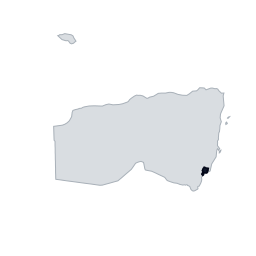 location of Harad, Hajjah, Yemen, rotated 198°
{"feature_id": "15242507B65973742405389", "entity_name": "Harad", "entity_type": "district", "adm_level": 2, "iso_a3": "YEM", "parent_name": "Yemen", "parent_adm1": "Hajjah", "projection": "equal_earth", "projection_center": [43.134, 16.476], "detail": "fine", "context": "in_parent", "style": "filled", "palette": "ink", "viewbox_px": 256, "rotation_deg": 198, "n_neighbors": 0, "source": "geoboundaries", "source_scale": "gbopen_adm2", "svg_char_len": 4035}
<svg xmlns="http://www.w3.org/2000/svg" viewBox="0 0 256 256"><g transform="rotate(198 128 128)"><path d="M199.2,106.6L191.3,110.4L189.2,112.1L187.4,114.2L186.0,116.8L185.1,121.3L185.9,125.5L185.8,127.7L183.8,129.2L181.9,130.3L179.8,131.9L178.5,132.3L177.4,133.6L176.2,134.5L171.8,136.9L166.9,138.7L159.2,140.9L156.3,143.3L153.6,144.9L149.4,145.4L143.8,147.6L140.6,149.4L136.7,152.4L135.9,153.3L135.2,155.5L134.0,157.4L131.7,160.4L129.9,162.0L128.7,162.1L126.4,162.9L123.7,163.1L119.1,162.0L118.0,162.8L117.0,164.0L113.5,166.1L109.9,170.3L107.3,171.4L103.1,172.8L100.1,174.5L98.1,175.2L95.5,175.6L90.8,175.4L86.3,176.0L82.1,177.2L80.2,179.5L77.9,183.0L74.3,184.5L73.4,185.8L72.3,188.4L69.9,189.1L67.8,189.6L65.6,188.4L61.5,191.6L59.9,192.1L57.5,192.2L55.8,192.9L54.6,192.7L53.1,191.5L49.9,190.0L47.6,190.9L47.4,187.9L43.5,178.8L44.3,170.8L44.3,169.7L43.5,166.1L41.2,162.8L41.3,158.7L40.5,155.8L39.9,152.7L40.1,151.9L40.1,151.2L39.0,146.6L38.6,145.6L38.4,144.6L38.8,143.9L38.8,143.0L38.2,141.6L37.5,138.9L34.4,136.7L35.0,134.8L35.6,135.5L36.5,136.0L36.6,134.8L36.6,133.8L35.3,127.8L37.3,119.7L36.6,112.5L39.6,109.6L40.4,108.7L40.8,107.9L41.5,106.3L42.4,105.7L42.8,104.0L42.7,103.1L42.1,102.4L41.7,100.4L41.8,97.8L42.0,96.8L42.3,94.8L43.3,94.1L43.6,93.5L42.8,92.3L42.8,91.5L44.6,89.5L45.3,88.8L46.4,88.2L47.3,88.2L48.3,88.6L49.2,89.1L50.1,90.2L51.1,91.4L52.5,91.8L53.5,91.7L54.3,92.3L55.0,92.0L55.7,91.4L57.0,91.4L58.1,90.7L61.2,90.4L64.2,90.6L67.4,90.0L70.5,90.0L73.7,90.1L74.4,90.2L75.1,90.5L77.8,92.4L79.8,92.7L83.9,93.2L88.3,93.8L92.1,94.2L95.3,93.8L97.9,93.5L98.6,93.5L99.5,94.6L101.1,97.5L102.6,100.1L105.3,100.3L107.0,99.3L108.8,97.9L109.9,96.8L111.2,92.4L112.1,89.6L114.0,86.5L115.6,83.9L117.7,80.4L118.9,78.4L121.3,74.6L123.5,73.2L127.8,70.3L132.1,67.5L134.8,65.7L137.2,64.8L141.2,64.1L145.8,63.3L150.5,62.4L155.4,61.5L161.0,60.5L164.8,59.8L169.6,58.9L173.6,58.2L177.2,57.6L180.8,56.9L181.6,59.0L182.3,61.1L183.1,63.2L183.8,65.3L184.5,67.5L185.3,69.6L186.0,71.7L186.7,73.8L187.5,75.9L188.2,78.0L188.9,80.1L189.7,82.2L190.4,84.4L191.1,86.5L191.9,88.6L192.6,90.7L193.3,92.8L194.5,93.5L195.2,95.4L196.2,98.2L197.2,101.0L198.2,103.8L199.2,106.6ZM211.4,192.3L212.4,192.5L213.9,191.8L218.1,191.7L223.3,194.1L222.4,194.7L221.8,195.6L219.5,196.4L217.3,198.2L210.8,199.1L208.8,198.6L207.2,196.8L204.3,194.5L205.4,193.0L205.7,192.3L206.1,191.7L207.7,190.6L209.4,190.8L211.4,192.3ZM36.4,163.7L36.2,164.1L35.9,164.0L34.9,162.9L36.0,161.6L36.6,162.8L36.4,163.7ZM33.3,135.2L32.8,135.7L32.7,134.9L33.0,133.0L33.5,132.5L33.9,133.9L33.6,134.6L33.3,135.2ZM35.9,169.4L34.9,170.1L35.6,168.4L36.3,168.0L36.5,168.1L35.9,169.4Z" fill="#d9dde1" stroke="#a8b0b8" stroke-width="1"/><path d="M43.3,106.6L43.2,106.6L42.9,106.5L42.7,106.4L42.4,106.2L42.2,106.0L42.0,106.3L42.0,106.5L42.1,106.9L42.1,107.0L42.1,107.3L42.1,107.5L41.9,107.8L41.9,108.0L41.8,108.7L41.7,109.2L41.4,109.2L41.2,109.2L40.9,109.1L40.7,109.2L40.5,109.3L40.3,109.3L40.2,109.3L39.8,109.3L39.7,109.3L39.4,109.5L39.2,109.7L39.0,109.8L38.9,110.0L38.9,110.4L38.9,110.6L38.8,110.8L38.9,111.0L39.0,111.1L38.9,111.4L38.8,111.7L39.0,111.7L39.1,111.8L39.3,111.8L39.4,111.7L39.5,111.7L39.7,111.8L39.8,111.8L39.8,112.0L39.7,112.0L39.7,112.3L39.5,112.5L39.4,112.5L39.2,112.6L38.9,112.7L39.1,113.4L39.0,113.5L39.0,113.8L39.0,114.0L39.1,114.3L39.1,114.5L39.3,114.5L39.5,114.5L39.6,114.4L39.8,114.4L40.0,114.3L40.3,114.3L40.5,114.3L40.5,114.2L40.8,114.0L41.1,114.0L41.3,114.0L41.5,114.0L41.8,114.0L42.0,114.0L42.3,114.2L42.5,114.3L42.8,114.4L43.1,114.4L43.3,114.3L43.4,114.2L43.5,114.2L43.5,113.9L43.6,113.4L43.8,113.3L43.8,113.2L43.9,112.9L43.9,112.7L44.0,112.7L44.1,112.4L44.1,112.2L44.1,111.9L44.1,111.7L44.1,111.4L44.1,111.2L44.1,110.9L44.2,110.7L44.2,110.4L44.0,110.2L43.9,110.1L43.7,110.0L43.6,109.9L43.4,109.9L43.2,109.8L42.9,109.7L42.8,109.4L43.0,109.3L43.0,109.2L43.2,108.9L43.3,108.8L43.4,108.5L43.4,108.4L43.3,108.2L43.2,107.9L43.2,107.7L43.2,107.4L43.3,107.4L43.4,107.2L43.5,107.3L43.6,107.2L43.3,106.9L43.3,106.7L43.3,106.6Z" fill="#0f172a" stroke="#020617" stroke-width="1.5"/></g></svg>